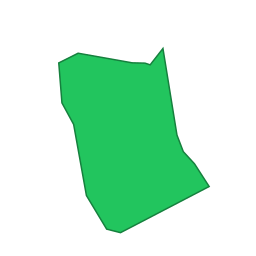 map outline of Ljubno (Mercator projection), rotated 151°
{"feature_id": "SVN-963", "entity_name": "Ljubno", "entity_type": "Municipality", "adm_level": 1, "iso_a3": "SVN", "parent_name": "Slovenia", "parent_adm1": "", "projection": "mercator", "projection_center": [14.843, 46.37], "detail": "fine", "context": "isolated", "style": "filled", "palette": "green", "viewbox_px": 256, "rotation_deg": 151, "n_neighbors": 0, "source": "natural_earth", "source_scale": "10m", "svg_char_len": 347}
<svg xmlns="http://www.w3.org/2000/svg" viewBox="0 0 256 256"><g transform="rotate(151 128 128)"><path d="M185.3,40.1L195.7,49.9L197.1,89.1L173.8,157.5L173.6,182.0L157.0,218.5L135.4,217.6L92.8,183.0L81.7,176.5L78.0,172.5L58.9,180.6L88.6,98.1L91.1,80.5L87.2,64.4L85.4,37.5L185.3,40.1Z" fill="#22c55e" stroke="#15803d" stroke-width="1.5"/></g></svg>